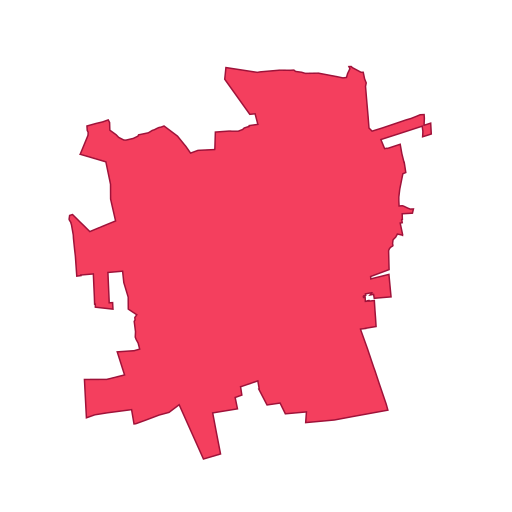 Cansahcab, Yucatán, Mexico, rotated 80°
{"feature_id": "50627088B59546210151388", "entity_name": "Cansahcab", "entity_type": "district", "adm_level": 2, "iso_a3": "MEX", "parent_name": "Mexico", "parent_adm1": "Yucatán", "projection": "equal_earth", "projection_center": [-89.082, 21.167], "detail": "fine", "context": "isolated", "style": "filled", "palette": "rose", "viewbox_px": 512, "rotation_deg": 80, "n_neighbors": 0, "source": "geoboundaries", "source_scale": "gbopen_adm2", "svg_char_len": 3498}
<svg xmlns="http://www.w3.org/2000/svg" viewBox="0 0 512 512"><g transform="rotate(80 256 256)"><path d="M237.0,92.8L236.6,95.9L235.2,98.2L232.5,102.0L231.9,103.2L231.6,106.4L226.7,105.8L222.7,105.1L215.1,102.8L200.5,97.1L199.8,94.0L191.6,93.8L189.4,93.8L189.4,94.0L180.6,94.6L171.0,94.6L172.7,106.4L172.9,107.8L172.6,108.4L172.6,110.7L163.0,112.8L162.0,105.6L160.4,93.9L157.0,69.8L162.1,70.0L164.1,70.4L167.5,71.2L166.9,66.4L166.3,62.2L155.5,60.9L155.6,61.7L155.9,63.8L156.4,67.8L149.7,66.3L145.9,65.9L145.4,69.8L146.3,73.7L147.5,79.5L148.0,84.4L151.8,109.1L153.2,120.0L149.6,122.5L138.2,121.4L124.5,120.2L108.0,118.7L104.7,117.4L100.4,118.3L93.7,118.5L93.3,120.7L92.4,121.8L87.3,128.3L85.9,129.4L85.6,131.6L87.9,131.0L92.2,134.1L95.9,135.9L95.7,139.5L93.9,144.0L86.8,162.7L84.7,175.8L83.0,179.1L81.1,185.0L79.5,186.4L79.0,190.4L77.1,200.5L75.4,219.7L75.4,222.8L65.2,252.9L76.5,256.1L115.4,237.5L115.8,232.2L126.7,231.3L126.4,240.1L127.3,240.4L127.4,242.0L127.9,245.4L129.1,247.2L130.0,251.8L128.9,258.2L128.7,258.8L128.3,260.8L127.6,267.5L126.9,274.5L142.8,277.8L144.0,278.2L141.9,294.8L143.3,302.6L136.2,305.9L135.6,306.2L133.9,307.2L124.3,312.5L112.0,324.0L112.6,327.1L112.6,329.1L112.9,330.5L113.4,332.3L113.8,333.4L114.1,334.7L114.3,336.3L115.8,340.1L116.0,340.9L116.3,350.6L117.5,351.5L118.9,356.5L119.3,364.1L118.8,366.1L115.3,370.7L112.3,372.7L106.7,378.1L99.1,377.0L96.3,377.9L97.3,383.7L97.7,390.6L98.6,399.9L103.0,400.4L105.1,399.8L108.0,400.5L125.2,411.4L125.3,411.5L137.2,387.5L160.1,386.8L174.7,389.3L197.1,388.2L199.2,397.9L200.9,405.6L203.1,415.4L200.6,417.2L195.9,420.5L191.4,423.8L189.2,425.3L183.3,429.5L183.7,432.5L187.3,433.7L188.4,433.5L190.8,432.5L191.0,432.6L193.3,432.3L198.3,432.3L203.6,432.3L206.9,432.7L217.9,433.5L223.1,433.8L224.7,433.9L244.7,436.0L244.9,431.8L244.3,431.8L245.4,419.3L267.6,422.2L275.4,423.3L275.5,422.6L278.5,423.1L283.5,406.1L277.0,405.3L276.6,408.7L273.8,408.3L246.5,404.7L247.8,390.0L259.2,390.8L274.3,389.0L286.1,391.0L293.2,383.6L295.5,386.0L298.0,386.2L299.2,387.3L309.6,387.8L314.9,389.0L317.5,388.5L321.2,387.2L327.5,386.7L328.1,392.4L326.3,409.3L350.3,406.1L351.6,424.4L347.8,446.4L385.9,451.1L384.4,442.3L384.6,429.8L385.7,405.2L400.2,405.3L400.3,403.5L398.6,393.8L395.8,379.0L394.9,368.8L389.1,357.5L446.8,343.0L444.8,325.3L420.8,325.7L403.0,325.9L403.3,300.8L391.7,301.1L391.6,300.4L390.5,294.1L382.0,293.9L382.0,293.6L382.0,293.2L379.3,275.9L387.4,275.9L387.5,276.4L404.6,271.0L405.0,257.8L416.5,254.5L418.3,233.4L422.7,234.5L428.7,236.0L431.1,207.3L430.9,188.8L430.7,152.9L424.5,153.5L418.7,154.4L403.2,156.8L389.5,158.8L386.2,159.4L383.5,159.8L379.0,160.5L374.8,161.1L372.3,161.5L366.9,162.3L346.5,165.8L346.1,165.8L346.4,160.7L346.2,160.7L346.3,150.0L337.4,149.0L330.3,148.3L320.4,147.2L320.1,152.5L319.6,152.4L319.6,152.9L319.4,152.9L319.4,154.3L319.8,154.4L319.7,156.2L315.7,155.7L315.6,157.3L314.6,157.3L314.6,156.0L313.9,156.4L313.8,154.8L312.3,154.8L312.2,148.5L312.4,148.2L314.2,150.4L314.2,146.9L318.2,146.9L318.5,143.1L318.6,142.0L319.2,135.5L319.7,130.1L312.1,129.5L297.2,128.3L298.0,140.2L298.5,146.9L296.1,146.7L292.5,127.3L287.1,126.5L274.5,124.6L273.6,124.4L272.5,123.7L271.7,123.1L270.5,121.4L269.9,119.7L269.6,119.4L268.8,119.3L267.8,119.4L266.3,119.0L264.4,118.4L263.9,118.2L263.0,117.1L261.7,115.2L260.2,114.0L259.7,113.5L258.9,113.0L260.6,108.8L261.1,108.1L260.5,107.9L248.6,108.3L248.6,106.2L245.4,106.2L245.4,105.5L239.8,104.7L241.0,94.5L237.0,92.8Z" fill="#f43f5e" stroke="#9f1239" stroke-width="1.5"/></g></svg>